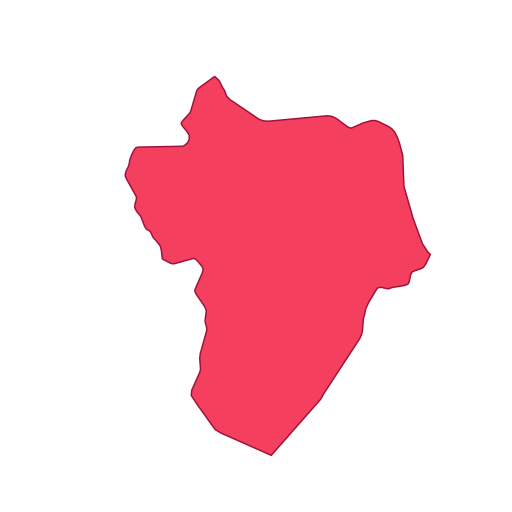 SVG path tracing the border of Maradi, rotated 206°
{"feature_id": "NER-91", "entity_name": "Maradi", "entity_type": "Department", "adm_level": 1, "iso_a3": "NER", "parent_name": "Niger", "parent_adm1": "", "projection": "orthographic", "projection_center": [7.538, 14.218], "detail": "fine", "context": "isolated", "style": "filled", "palette": "rose", "viewbox_px": 512, "rotation_deg": 206, "n_neighbors": 0, "source": "natural_earth", "source_scale": "10m", "svg_char_len": 2133}
<svg xmlns="http://www.w3.org/2000/svg" viewBox="0 0 512 512"><g transform="rotate(206 256 256)"><path d="M164.8,404.3L153.6,383.5L131.1,358.5L111.7,339.9L102.5,334.5L100.0,333.9L99.9,331.6L99.9,323.5L100.2,321.1L100.8,318.7L102.6,316.5L107.1,312.1L108.8,309.8L108.8,307.2L107.0,299.8L107.0,297.6L108.3,295.9L110.3,294.1L119.2,287.9L120.5,286.7L122.2,284.9L122.8,284.6L123.4,284.3L124.1,284.0L128.8,283.0L130.0,282.5L132.0,281.3L132.5,280.9L133.1,278.4L134.4,263.2L134.2,256.1L133.7,254.7L132.7,250.9L132.2,247.6L131.8,246.1L127.6,235.7L126.8,232.0L126.5,227.7L134.9,160.7L134.9,158.0L135.2,155.2L154.9,83.5L209.4,81.5L216.7,82.1L244.2,97.0L253.0,102.2L254.9,107.0L255.6,126.9L256.1,129.7L261.7,139.3L263.3,143.8L267.6,167.2L268.4,169.1L269.7,170.9L272.2,173.7L273.5,175.7L276.5,184.7L278.5,186.8L280.8,188.5L292.6,195.2L294.5,196.5L295.7,197.8L296.2,199.9L296.9,217.5L297.2,219.4L297.9,221.3L299.7,222.8L306.6,226.0L308.8,226.6L310.6,226.6L312.8,225.0L325.5,213.7L327.6,212.4L330.0,212.0L337.6,212.2L338.8,212.4L339.3,212.9L343.9,220.1L346.1,222.7L347.3,223.5L352.7,226.1L354.3,226.5L356.9,227.8L361.4,231.4L362.2,231.7L363.1,231.9L365.9,232.0L367.4,232.7L369.4,234.1L376.5,240.7L377.2,241.2L382.7,243.7L384.4,244.9L386.0,246.2L386.5,247.0L387.0,248.2L387.5,249.6L388.4,254.5L388.8,255.5L389.7,257.0L406.9,269.0L408.9,271.0L409.6,273.3L410.0,275.8L409.9,280.2L410.2,282.0L410.5,283.8L411.5,286.6L412.1,291.7L412.1,296.6L411.9,298.9L411.3,300.9L409.6,302.2L370.2,322.4L369.5,323.1L369.0,323.7L368.7,324.2L368.2,325.2L367.4,327.1L367.2,327.8L367.0,329.5L367.2,331.4L367.7,332.7L368.9,335.1L370.8,336.5L373.1,337.9L377.9,340.0L380.0,341.2L381.4,342.5L381.4,344.6L378.2,355.6L378.2,357.8L381.6,377.8L381.6,380.2L380.7,382.6L372.4,398.3L371.7,399.2L367.5,398.0L365.4,397.1L360.8,393.4L356.9,391.0L353.7,387.9L352.1,386.7L348.2,385.2L313.1,380.2L308.4,380.7L303.6,382.8L253.2,413.4L248.9,414.8L243.9,414.8L229.5,412.1L226.4,412.7L217.9,422.7L211.4,428.5L208.4,429.9L207.6,430.1L205.1,430.5L194.8,430.5L190.1,430.0L185.9,428.3L181.4,425.0L176.4,420.2L168.2,410.7L164.8,404.3Z" fill="#f43f5e" stroke="#9f1239" stroke-width="1.5"/></g></svg>